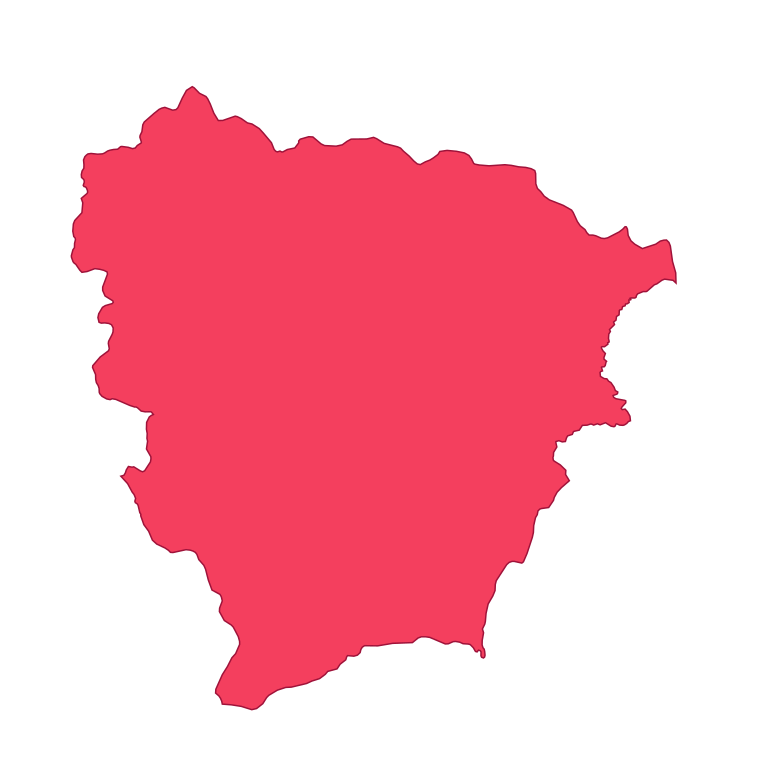 Coromoro, Santander, Colombia, rotated 175°
{"feature_id": "7082276B92015443514121", "entity_name": "Coromoro", "entity_type": "district", "adm_level": 2, "iso_a3": "COL", "parent_name": "Colombia", "parent_adm1": "Santander", "projection": "mercator", "projection_center": [-73.011, 6.24], "detail": "fine", "context": "isolated", "style": "filled", "palette": "rose", "viewbox_px": 768, "rotation_deg": 175, "n_neighbors": 0, "source": "geoboundaries", "source_scale": "gbopen_adm2", "svg_char_len": 6140}
<svg xmlns="http://www.w3.org/2000/svg" viewBox="0 0 768 768"><g transform="rotate(175 384 384)"><path d="M669.4,595.3L668.3,590.8L670.0,581.0L677.8,573.9L679.5,570.5L680.7,563.4L680.2,558.0L678.9,556.2L678.8,554.6L680.0,551.1L680.5,546.8L682.2,544.8L684.3,539.0L684.3,537.5L683.1,532.9L682.1,531.4L680.6,530.1L677.1,523.9L675.2,521.6L670.0,521.9L662.0,524.1L657.3,523.1L653.1,521.6L650.1,519.8L649.9,517.5L655.8,505.1L656.1,501.7L654.2,496.0L646.9,490.5L646.6,488.9L647.8,487.8L654.8,486.4L657.8,484.9L662.1,478.8L663.2,475.1L662.5,470.3L660.4,469.3L656.8,469.2L652.8,468.3L650.3,466.8L648.9,463.5L649.4,459.6L650.4,457.3L654.6,450.6L655.1,448.4L654.6,443.1L655.6,441.1L664.3,435.7L672.5,427.7L672.9,425.9L670.5,418.5L670.8,413.7L670.4,410.4L668.9,407.4L668.2,404.4L668.4,400.5L668.0,399.1L666.0,396.3L661.6,393.3L658.2,392.3L656.1,393.0L652.4,392.0L639.1,384.8L634.4,382.8L633.0,382.7L631.7,381.9L628.3,378.2L624.4,377.1L618.9,376.7L618.1,376.3L616.4,373.7L618.5,373.0L620.7,371.6L623.8,366.5L624.6,359.7L624.2,355.3L624.9,350.5L624.5,347.6L626.3,340.0L622.6,331.9L622.7,329.6L623.5,326.7L630.0,318.4L632.1,317.6L634.2,318.6L640.5,323.3L642.2,323.1L645.8,324.1L648.2,320.9L649.4,318.0L651.1,315.7L654.2,315.1L648.1,307.1L644.2,298.1L642.6,295.7L641.4,291.7L642.4,289.0L642.1,287.5L640.1,285.9L639.5,284.3L638.5,277.2L637.6,275.4L637.8,273.8L635.5,264.8L631.3,257.9L628.3,248.6L624.3,244.3L616.4,239.7L613.2,237.1L611.4,234.9L609.0,234.5L595.7,236.2L591.6,235.4L588.8,234.2L586.6,232.7L585.2,230.5L583.8,225.2L579.3,219.1L577.9,215.1L576.1,204.1L573.3,193.7L565.7,188.7L564.6,186.2L564.0,182.0L567.3,175.1L567.8,171.6L563.7,162.3L557.1,157.2L555.3,154.9L551.2,145.1L550.3,140.3L550.5,137.2L555.3,128.3L559.4,124.5L564.5,116.3L570.4,108.5L578.1,94.6L578.7,90.8L575.7,87.7L574.3,85.2L573.3,82.1L573.0,79.2L564.0,77.7L554.3,75.3L544.1,71.1L539.2,71.8L532.6,76.1L528.3,81.8L525.9,83.9L516.9,88.3L508.3,90.3L502.7,90.1L487.2,92.4L481.6,94.4L473.9,96.1L467.8,99.9L465.1,102.6L455.6,104.3L452.1,108.7L446.1,112.6L445.0,115.4L444.0,116.6L437.7,115.5L434.1,116.2L431.2,118.5L430.2,121.5L428.6,123.7L426.2,125.0L413.0,123.7L398.0,124.9L378.2,123.9L372.2,128.0L368.9,128.9L364.3,128.5L360.5,127.6L345.6,119.7L342.5,119.6L337.6,121.3L335.2,121.3L331.0,120.2L327.9,118.4L322.7,117.6L320.8,116.9L318.0,113.5L316.2,109.6L314.6,109.0L313.1,110.6L311.4,110.0L310.7,108.7L311.1,104.8L310.6,103.3L308.8,102.4L307.6,103.2L307.0,105.0L307.0,108.6L307.3,111.1L308.4,112.7L309.0,115.6L308.5,120.1L306.5,127.5L307.3,131.4L304.5,136.1L303.7,138.7L302.3,146.7L299.4,155.8L294.1,163.3L291.4,168.5L290.6,174.6L289.3,178.3L277.5,193.4L274.8,195.4L271.9,196.1L269.6,195.9L262.3,193.6L260.6,194.7L256.3,202.7L249.6,218.3L248.1,223.1L247.2,229.9L244.7,237.7L242.7,240.5L241.7,244.1L239.7,245.8L238.1,246.2L230.7,246.6L225.3,253.3L224.3,256.1L221.0,261.1L216.2,265.4L207.8,271.5L211.0,278.0L210.4,282.2L215.4,288.0L221.2,292.4L222.0,293.5L222.1,296.1L221.5,297.5L221.0,301.1L217.3,306.2L217.9,310.6L217.7,311.7L214.7,312.3L211.5,310.8L208.3,310.9L206.9,314.4L205.6,316.3L200.8,317.4L199.5,319.9L198.8,320.3L193.5,321.0L190.0,325.5L185.2,325.3L181.8,326.1L180.6,325.9L178.7,324.8L174.9,325.8L172.3,324.5L166.7,326.1L161.5,322.2L158.6,321.4L157.6,321.8L156.2,324.0L155.5,324.0L152.8,322.5L149.5,322.0L148.0,322.3L145.7,323.5L143.8,325.3L141.7,325.9L141.8,330.5L143.9,335.2L146.0,338.0L148.9,337.7L149.8,338.9L148.9,340.4L144.8,344.2L144.6,346.1L145.5,346.7L154.2,349.1L156.4,350.7L156.8,352.6L152.8,353.6L152.1,354.4L151.8,355.7L154.1,357.3L155.1,360.8L157.8,365.6L160.1,367.3L161.5,369.7L164.2,370.2L167.7,372.7L167.8,376.6L167.0,377.5L165.2,378.0L165.9,381.7L165.5,382.0L163.1,382.0L162.0,383.1L160.9,386.5L160.3,387.2L162.6,389.5L162.6,391.1L160.8,395.1L162.9,397.8L164.2,400.6L164.2,401.8L163.5,402.2L161.1,401.9L157.5,404.1L157.6,405.6L156.3,406.0L156.0,406.9L156.4,409.8L155.7,414.2L153.9,416.6L154.6,418.6L149.2,423.1L149.9,425.7L147.3,427.4L146.5,431.0L143.8,432.4L143.2,436.6L142.5,437.3L140.6,437.5L139.6,440.3L137.0,440.9L136.4,442.6L134.8,442.7L132.7,443.8L132.8,446.3L130.9,446.4L130.7,446.8L131.5,447.9L130.4,448.2L126.6,447.8L125.3,448.5L124.8,450.1L123.5,451.7L117.8,453.5L114.9,453.2L113.9,453.5L106.0,459.3L103.4,460.0L98.0,463.2L95.3,464.0L87.0,462.1L84.3,459.1L83.7,469.3L85.9,480.9L86.7,496.5L87.8,500.2L90.0,502.8L92.7,502.9L96.3,502.3L101.1,499.6L114.8,496.4L122.0,501.4L125.5,505.1L127.8,510.7L128.0,517.1L128.9,519.4L130.1,519.7L132.7,517.4L136.5,515.0L148.5,510.1L151.7,509.7L154.8,510.3L160.1,513.2L162.8,514.1L166.7,514.5L168.8,517.1L170.3,520.3L174.7,524.5L177.2,528.9L180.6,538.4L182.0,540.9L189.8,546.3L203.2,553.0L208.0,557.1L211.1,562.0L214.1,565.4L215.3,570.2L214.6,580.5L215.2,583.5L218.7,585.7L223.9,587.4L230.9,588.6L238.1,590.7L244.5,591.9L260.3,592.2L270.2,593.9L274.3,595.1L275.4,595.9L277.2,600.5L279.5,604.3L283.8,607.2L291.5,609.5L300.8,611.2L308.1,610.8L310.2,608.0L315.0,605.0L318.7,603.1L323.5,601.7L328.7,599.4L331.6,600.3L334.9,603.6L339.1,608.9L344.3,614.2L346.9,617.5L349.8,619.1L362.9,623.7L369.9,629.0L372.9,630.6L379.8,629.6L395.4,630.8L399.6,629.0L404.7,625.9L410.9,625.1L422.4,626.7L425.8,628.7L433.3,636.3L437.4,636.9L446.1,635.2L447.8,633.6L447.9,631.7L452.3,626.9L459.9,626.0L464.6,624.0L465.7,624.1L467.3,625.1L470.0,624.5L471.6,625.3L473.0,627.2L475.1,634.2L482.4,644.6L486.0,649.3L492.8,654.5L497.3,656.0L503.0,660.8L506.8,663.1L508.9,663.8L521.6,660.6L526.1,660.9L529.9,668.6L532.7,678.1L534.8,683.5L536.3,685.9L542.5,689.7L547.3,695.6L549.1,696.9L555.2,693.7L560.0,686.5L565.3,677.1L567.2,675.5L570.6,675.2L578.2,678.7L581.4,678.2L584.1,677.2L589.5,673.6L600.0,665.9L601.7,663.2L603.2,656.4L605.3,652.9L605.7,651.2L604.6,646.1L605.0,645.2L609.0,643.1L611.2,640.8L614.0,640.4L618.2,642.1L624.5,643.5L625.7,643.4L628.9,641.1L632.9,641.2L636.6,640.8L639.0,640.2L642.4,638.4L644.4,637.8L649.2,637.9L655.8,639.2L658.9,639.0L660.5,638.0L662.2,636.5L663.8,633.4L663.8,628.5L664.2,625.1L666.2,622.5L667.3,619.0L667.3,616.1L665.3,613.9L665.0,612.8L665.0,611.2L666.3,608.1L665.7,606.9L664.1,606.3L663.3,605.1L662.5,602.3L662.6,600.6L663.3,599.6L669.4,595.3Z" fill="#f43f5e" stroke="#9f1239" stroke-width="1.5"/></g></svg>